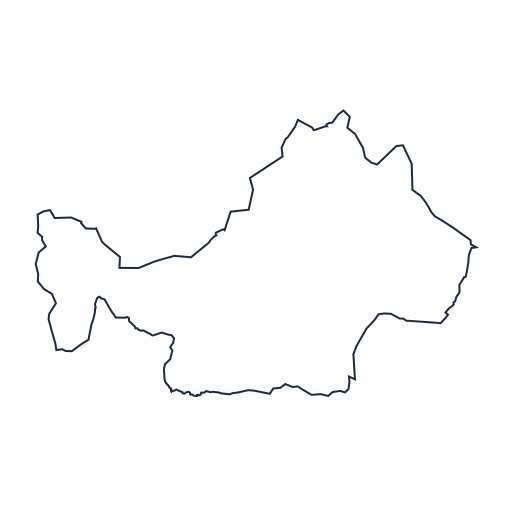 the district of Livadi, Paphos, Cyprus, rotated 88°
{"feature_id": "46923920B69723035623525", "entity_name": "Livadi", "entity_type": "district", "adm_level": 2, "iso_a3": "CYP", "parent_name": "Cyprus", "parent_adm1": "Paphos", "projection": "robinson", "projection_center": [32.608, 35.096], "detail": "fine", "context": "isolated", "style": "outline", "palette": "slate", "viewbox_px": 512, "rotation_deg": 88, "n_neighbors": 0, "source": "geoboundaries", "source_scale": "gbopen_adm2", "svg_char_len": 3103}
<svg xmlns="http://www.w3.org/2000/svg" viewBox="0 0 512 512"><g transform="rotate(88 256 256)"><path d="M284.2,47.3L280.9,46.3L277.0,45.4L273.2,44.7L269.5,44.0L262.8,43.3L258.8,41.8L255.5,40.3L255.1,36.2L255.0,35.6L251.9,40.8L248.2,41.0L247.7,41.0L234.4,58.3L226.9,69.0L222.6,75.8L218.2,79.3L212.9,81.9L208.4,84.5L201.8,89.1L195.3,97.5L194.1,97.3L169.3,97.2L150.5,105.3L151.0,111.8L168.8,131.8L166.6,137.7L166.4,137.9L166.1,138.2L161.5,143.5L151.7,145.3L137.4,152.8L131.0,160.2L120.2,157.4L113.7,163.5L117.3,168.8L125.3,175.0L125.7,178.3L126.9,180.8L128.1,181.1L128.9,180.6L128.8,182.1L131.9,192.2L132.2,194.0L129.6,195.4L121.4,209.4L121.8,209.6L127.8,212.2L138.5,220.2L140.2,222.4L148.6,226.6L157.5,226.0L177.8,259.4L189.5,256.6L209.5,261.7L210.8,279.8L229.2,286.5L228.2,288.0L231.3,295.2L233.5,295.6L234.1,295.0L234.9,296.9L238.3,300.7L241.0,302.6L255.0,321.0L253.0,337.7L256.2,350.8L258.1,357.9L263.9,373.8L263.5,382.7L263.1,392.9L252.2,392.0L239.8,406.1L236.4,409.4L222.7,414.9L223.2,415.6L222.5,425.2L217.1,429.6L215.7,429.3L211.1,439.4L211.0,455.9L202.9,460.3L204.0,466.7L206.9,472.8L218.6,472.6L225.2,473.5L229.5,469.0L232.5,469.3L239.2,465.8L245.0,473.1L256.3,476.4L266.8,474.3L273.9,474.9L281.5,469.2L286.7,461.3L296.2,457.6L306.6,464.7L312.0,465.5L325.1,462.4L336.3,459.6L343.1,458.8L342.4,452.9L344.3,449.6L344.7,443.4L338.5,434.4L333.8,426.3L331.0,425.7L319.0,422.9L314.0,421.0L306.9,419.0L302.9,418.6L302.1,418.0L299.9,418.4L298.0,418.5L296.0,417.5L294.4,417.1L292.0,415.8L291.2,413.8L292.9,412.3L294.1,408.8L300.2,405.7L307.2,401.8L309.9,399.9L312.6,398.3L313.1,389.2L312.5,386.8L313.4,385.3L316.8,385.0L322.0,379.7L324.2,378.9L324.1,377.1L325.7,375.8L326.8,373.3L326.3,371.6L326.7,370.6L327.3,370.1L327.8,368.5L328.8,367.4L329.9,364.8L331.4,363.0L331.7,362.3L331.7,361.3L329.2,352.9L331.5,346.5L332.1,343.2L335.4,340.7L337.8,341.4L339.7,341.6L343.4,344.5L344.3,344.9L347.7,342.9L353.1,344.5L356.0,345.3L361.1,350.7L361.1,350.8L366.5,352.0L368.5,351.9L375.4,351.7L378.3,351.2L378.8,350.8L380.3,350.1L381.2,349.0L382.3,348.4L383.5,347.2L384.2,347.3L384.7,346.7L385.6,346.1L385.5,345.6L386.0,345.3L387.8,345.8L388.8,345.3L387.8,344.4L387.8,342.3L386.6,340.4L387.7,338.6L388.1,337.4L389.6,334.2L390.7,334.1L391.0,332.2L389.8,330.6L389.4,327.9L390.3,326.8L391.7,326.7L392.3,326.3L392.1,324.6L393.2,323.5L394.0,320.4L393.8,319.6L392.8,319.6L392.7,318.7L393.2,317.6L392.6,316.1L390.6,315.5L390.8,312.7L389.3,310.5L390.6,306.0L390.2,304.1L391.1,297.9L392.0,295.9L393.3,287.3L392.2,283.8L391.8,279.1L389.8,268.4L390.6,262.1L394.2,247.0L389.0,243.4L388.6,236.3L385.0,231.2L388.2,224.0L387.8,218.9L391.8,213.0L396.7,205.4L396.3,196.3L398.3,188.8L394.6,184.1L393.8,176.5L395.4,171.8L392.2,168.2L385.4,167.0L379.7,167.3L382.7,161.4L357.5,162.1L350.5,159.2L346.9,157.1L332.6,148.3L324.0,139.7L318.5,135.5L317.9,130.0L318.5,123.1L323.5,114.6L323.8,110.7L325.9,108.1L326.5,101.8L329.5,73.8L324.1,68.4L321.3,66.1L319.0,68.6L315.0,64.9L312.2,60.9L311.1,60.1L309.4,60.3L308.4,58.7L303.7,57.1L300.3,54.4L298.1,53.8L292.0,53.8L284.4,48.7L284.2,47.3Z" fill="none" stroke="#1e293b" stroke-width="2"/></g></svg>